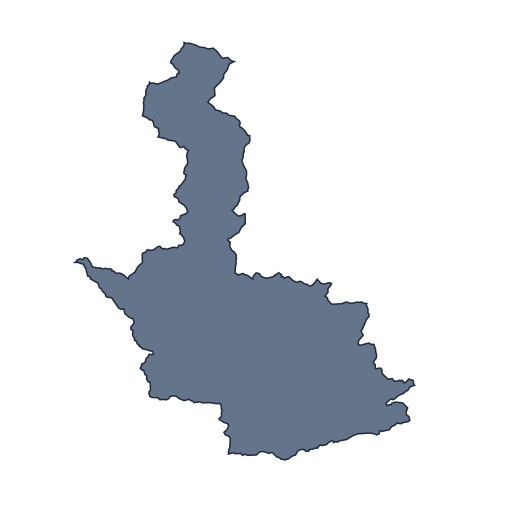 outline of Bolognesi, Áncash, Peru, rotated 99°
{"feature_id": "86281439B24717538266370", "entity_name": "Bolognesi", "entity_type": "district", "adm_level": 2, "iso_a3": "PER", "parent_name": "Peru", "parent_adm1": "Áncash", "projection": "albers", "projection_center": [-77.196, -10.093], "detail": "fine", "context": "isolated", "style": "filled", "palette": "slate", "viewbox_px": 512, "rotation_deg": 99, "n_neighbors": 0, "source": "geoboundaries", "source_scale": "gbopen_adm2", "svg_char_len": 6096}
<svg xmlns="http://www.w3.org/2000/svg" viewBox="0 0 512 512"><g transform="rotate(99 256 256)"><path d="M101.0,388.4L103.3,388.2L104.8,389.9L107.3,389.8L109.6,390.7L114.4,389.9L118.1,391.5L119.7,390.8L122.1,391.3L123.8,390.5L130.5,389.7L135.3,390.1L136.7,384.8L138.1,382.5L138.2,379.3L144.2,376.5L145.4,372.1L147.9,371.9L150.1,370.5L153.8,371.4L154.3,363.0L155.3,361.4L155.2,353.6L160.6,348.4L160.5,346.4L159.2,344.6L161.4,342.2L162.2,339.3L163.5,339.9L167.9,340.2L174.0,338.0L176.4,338.4L180.1,340.2L185.3,340.3L186.0,340.1L187.2,337.5L189.1,338.1L190.6,337.6L197.8,341.3L199.1,342.9L201.0,343.1L203.8,345.1L206.1,344.8L208.4,346.7L210.5,345.5L210.4,344.4L211.6,341.8L214.6,340.5L217.0,335.1L219.4,332.4L222.9,330.4L224.7,331.3L228.1,336.8L230.9,337.1L232.4,338.3L232.7,342.2L234.5,343.4L235.2,343.1L236.2,340.5L238.0,339.0L238.0,337.6L239.2,336.1L243.8,334.5L246.0,335.0L246.5,333.4L248.6,330.9L252.0,328.8L253.5,328.9L255.6,329.6L257.2,331.6L257.4,333.9L259.3,334.4L260.3,335.4L260.2,338.8L263.0,344.6L263.3,346.4L262.8,347.7L263.7,349.4L261.4,352.6L262.5,354.8L266.0,358.1L266.9,360.9L266.9,364.4L269.5,365.5L270.6,368.0L272.2,368.7L280.1,367.1L285.1,371.1L290.8,373.0L295.6,378.1L298.6,378.5L294.9,384.8L294.2,387.9L294.9,391.9L293.4,393.4L293.4,395.8L292.2,396.0L291.3,398.1L292.0,399.7L291.7,402.5L292.7,405.5L292.1,408.1L292.7,410.1L292.3,415.9L288.2,418.7L284.6,422.2L284.5,425.4L286.8,426.5L286.2,429.4L288.1,432.3L289.7,432.7L290.6,433.7L290.2,431.2L291.2,425.3L295.4,422.0L302.2,419.1L302.3,416.8L304.6,415.8L307.5,407.9L312.0,405.5L312.4,403.9L315.2,401.8L316.8,399.1L319.2,398.0L320.0,396.5L319.8,392.2L329.0,383.4L329.7,380.9L329.3,378.1L333.3,376.6L336.3,372.0L337.4,367.7L340.5,366.0L342.3,366.4L345.6,368.5L348.2,368.0L349.1,365.7L352.2,365.8L354.2,365.1L356.5,363.0L358.4,362.9L359.1,360.4L361.2,359.8L362.3,357.3L363.3,357.4L364.5,354.0L365.4,353.9L365.8,347.4L366.4,346.0L366.0,344.2L367.0,342.7L368.4,342.1L369.5,342.8L369.7,345.7L370.3,346.4L372.8,347.1L374.0,348.4L378.5,349.0L380.7,352.1L382.5,351.9L384.9,352.8L386.7,350.6L386.4,349.1L390.4,347.2L391.3,345.3L395.0,344.7L397.3,342.7L397.2,341.1L398.1,340.6L404.9,339.2L406.7,340.4L409.0,340.1L411.5,338.6L412.0,336.2L411.3,330.8L413.0,328.5L412.1,324.7L412.1,322.0L410.8,320.1L408.1,318.6L407.1,316.0L407.0,312.8L409.0,309.2L410.1,304.4L407.9,299.4L409.0,298.0L409.5,295.2L410.5,294.3L408.7,288.1L409.5,286.6L407.9,277.6L408.3,276.7L407.6,274.7L408.3,273.4L407.3,268.6L409.6,266.7L412.6,266.3L413.5,265.4L417.0,265.6L419.0,265.0L420.7,265.4L422.0,267.1L423.3,266.8L425.5,261.1L426.0,257.9L427.2,256.7L429.4,256.7L432.3,257.7L435.1,260.1L437.4,258.4L438.5,254.2L439.8,253.3L442.1,252.6L449.3,252.0L451.9,252.6L455.9,252.3L453.6,246.7L454.6,245.7L453.4,239.9L455.1,238.2L453.7,236.5L454.1,232.8L452.5,224.5L448.8,221.6L448.0,218.0L448.9,212.1L447.9,210.7L447.7,208.9L451.3,204.0L451.6,201.2L452.9,199.5L452.3,197.9L453.1,196.0L451.2,192.1L448.0,188.9L446.3,185.8L442.4,184.4L440.5,182.2L439.6,179.2L439.9,177.6L441.2,176.3L440.4,173.2L439.2,173.4L438.8,172.9L437.8,169.5L436.3,167.2L436.3,165.4L432.9,163.4L432.7,160.5L431.4,157.1L428.2,154.6L426.6,151.8L426.8,151.0L428.2,150.2L427.1,148.5L426.9,145.9L425.5,144.6L423.1,137.8L417.7,131.4L415.5,126.9L413.1,115.9L413.1,111.2L413.8,108.9L412.4,106.6L409.1,106.2L409.4,104.0L406.7,97.0L403.1,95.4L401.9,92.9L399.1,90.6L398.9,86.3L397.3,84.1L395.9,79.8L394.1,78.3L393.1,79.1L391.4,79.2L390.1,80.7L389.9,82.2L386.8,83.3L382.3,82.5L378.1,88.3L378.5,95.5L380.2,98.9L381.7,99.1L382.3,101.9L383.3,103.5L381.3,104.6L377.5,101.8L375.7,99.5L376.6,98.6L375.6,96.8L371.8,93.8L368.5,88.7L366.1,86.8L365.1,85.1L362.1,83.9L360.5,82.4L358.9,79.1L356.9,80.6L354.2,81.4L353.6,85.9L356.9,88.0L358.2,90.2L356.8,90.9L355.9,92.5L356.7,93.5L356.3,94.9L357.7,97.4L357.8,99.2L357.9,100.1L355.7,102.3L357.1,106.3L352.2,113.1L348.8,113.8L347.4,114.9L347.6,117.6L348.7,119.4L348.2,120.5L344.7,121.2L342.6,123.6L338.2,121.3L335.5,121.3L333.0,122.1L332.5,122.8L330.2,123.0L325.2,125.5L324.8,126.2L325.4,128.5L324.2,130.6L328.0,139.4L327.0,141.2L323.4,141.4L317.6,137.7L313.4,140.7L311.9,139.5L301.5,137.0L298.3,135.0L295.9,135.2L294.2,136.8L291.4,136.9L287.0,139.4L285.6,139.1L285.8,142.2L284.8,144.7L285.6,145.9L285.7,148.9L287.5,153.2L287.9,155.5L287.3,159.4L288.3,161.8L289.6,163.3L291.8,173.6L288.4,178.1L286.1,178.8L284.8,181.6L280.6,179.2L277.3,179.9L273.5,177.6L271.3,177.1L270.9,179.9L273.1,184.0L272.7,187.7L269.3,191.9L275.0,194.9L277.1,197.4L277.3,198.7L275.9,201.3L276.1,203.6L274.2,206.9L274.2,209.1L275.6,211.1L274.7,215.3L271.3,220.2L271.9,222.3L273.5,224.5L272.2,225.9L272.6,227.8L270.6,227.7L268.9,231.0L271.4,233.3L271.4,234.2L273.5,235.3L276.3,241.7L275.9,245.9L274.8,248.2L272.9,249.8L272.6,253.2L276.0,255.4L279.2,255.7L276.3,261.7L276.4,263.5L275.3,266.1L277.7,271.1L276.9,271.7L275.9,274.0L270.3,274.7L266.3,274.4L264.0,275.2L262.0,274.9L257.7,275.9L255.5,278.1L254.0,281.0L250.5,283.5L246.4,283.6L244.8,286.4L243.8,286.7L242.4,283.9L238.2,280.2L235.5,276.7L230.3,275.0L225.8,271.6L216.1,273.3L216.1,274.4L218.5,277.0L219.3,279.4L217.9,282.4L214.5,286.8L212.7,284.8L211.4,284.8L209.1,282.6L203.3,280.8L200.9,281.2L199.1,280.6L195.0,277.2L193.2,274.2L191.3,274.7L189.9,273.9L184.7,275.8L181.5,278.1L177.1,278.0L173.3,278.8L168.6,282.4L163.9,284.9L160.4,284.1L156.9,284.7L154.9,283.9L152.5,284.6L150.5,284.3L148.1,283.5L145.8,280.8L143.1,280.1L137.9,281.1L138.2,283.0L134.5,286.1L131.7,289.9L131.0,292.1L129.3,292.9L127.8,292.3L125.4,293.2L122.8,297.7L121.3,298.7L121.2,304.8L119.5,307.6L120.0,311.3L118.5,313.8L118.0,319.0L115.1,321.3L111.7,327.6L107.9,325.7L104.0,321.6L97.0,323.3L93.7,321.5L90.9,319.0L85.2,315.9L81.6,316.3L77.0,313.7L70.6,312.4L67.3,308.0L67.1,310.8L64.4,314.8L65.9,320.5L60.3,326.1L57.4,330.8L59.0,335.4L58.2,339.9L58.5,344.6L57.3,347.5L56.1,355.6L56.9,356.9L56.4,360.5L59.3,360.0L63.0,362.2L65.5,362.8L70.7,368.0L77.7,370.8L78.7,370.2L79.6,368.1L82.7,365.5L84.4,362.2L86.5,360.5L87.5,360.7L87.9,362.2L91.6,362.8L93.5,367.9L95.7,370.2L101.2,379.2L101.7,380.7L101.2,384.4L101.8,387.0L101.0,388.4Z" fill="#64748b" stroke="#1e293b" stroke-width="1.5"/></g></svg>